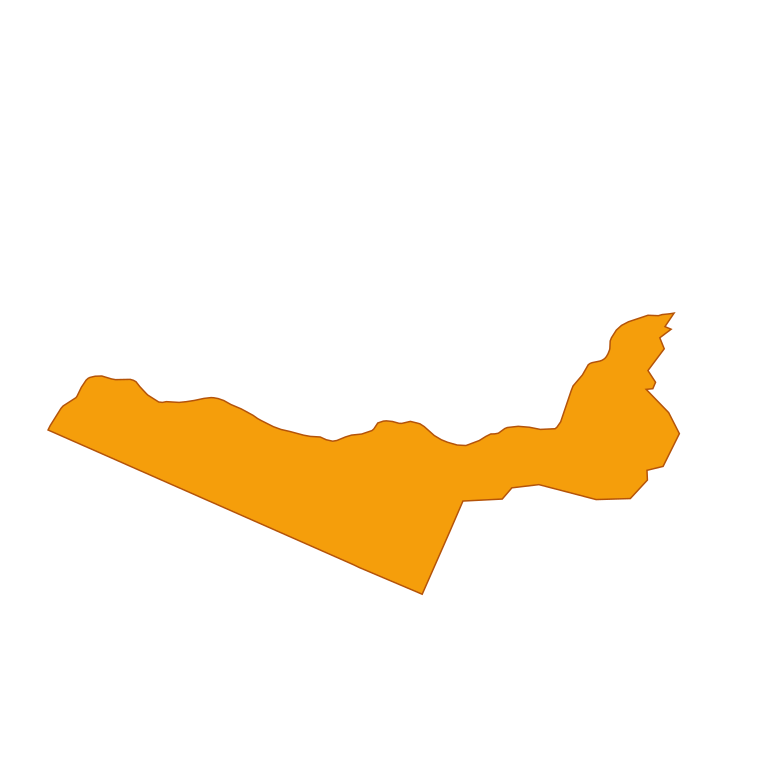 the district of Rock Island, Illinois, United States of America, rotated 23°
{"feature_id": "52423323B44322434678025", "entity_name": "Rock Island", "entity_type": "district", "adm_level": 2, "iso_a3": "USA", "parent_name": "United States of America", "parent_adm1": "Illinois", "projection": "robinson", "projection_center": [-90.569, 41.555], "detail": "fine", "context": "isolated", "style": "filled", "palette": "amber", "viewbox_px": 768, "rotation_deg": 23, "n_neighbors": 0, "source": "geoboundaries", "source_scale": "gbopen_adm2", "svg_char_len": 1737}
<svg xmlns="http://www.w3.org/2000/svg" viewBox="0 0 768 768"><g transform="rotate(23 384 384)"><path d="M659.8,360.7L673.1,350.8L675.3,314.3L657.2,299.1L627.4,286.5L633.3,283.3L633.3,276.3L621.7,268.5L628.2,242.1L619.8,233.7L626.9,221.4L620.2,221.4L623.3,205.4L619.3,207.9L612.9,211.4L609.9,213.9L600.1,217.6L584.7,231.2L579.7,237.3L576.8,243.6L576.1,247.8L575.3,252.6L575.4,256.0L578.0,263.0L578.3,264.5L578.4,268.5L578.0,271.9L577.2,274.4L575.5,276.9L573.8,278.5L567.3,283.0L565.8,284.4L564.5,286.4L563.1,298.2L558.8,311.9L558.9,316.7L561.4,349.8L560.1,356.1L559.0,358.3L545.7,364.7L534.7,367.0L524.1,370.5L519.1,373.3L514.5,375.9L512.6,377.8L508.5,384.6L506.7,385.8L505.3,386.7L501.8,388.3L498.2,392.5L493.8,398.8L483.5,408.6L475.2,411.6L465.3,412.8L458.9,412.9L458.4,412.9L450.4,411.8L437.7,407.5L432.6,406.6L429.7,407.0L422.9,408.1L415.8,413.3L413.3,414.3L406.4,415.2L400.6,417.0L397.9,418.4L393.5,422.3L392.2,429.4L391.1,431.6L383.0,438.8L374.1,443.7L369.1,447.9L362.7,454.4L359.1,456.7L352.5,457.9L346.0,457.7L336.7,461.0L330.1,462.5L315.8,464.5L306.9,466.1L298.8,466.5L285.0,465.6L281.2,465.2L275.7,464.0L262.2,462.7L251.1,462.7L243.0,461.8L237.1,462.2L232.6,463.2L230.1,464.1L223.9,467.6L215.9,473.2L208.8,477.6L202.6,481.0L190.5,485.3L187.3,487.5L183.7,488.6L171.0,486.5L168.9,485.7L160.2,481.8L154.8,478.8L151.8,478.5L148.6,478.9L135.2,484.9L131.2,485.8L121.1,486.9L115.1,489.7L113.4,490.9L110.7,492.9L109.5,494.3L108.3,496.8L106.7,505.3L106.2,515.1L105.8,516.9L97.2,529.6L96.2,532.6L93.0,552.7L92.7,557.4L92.7,557.6L426.9,562.3L432.9,562.6L501.3,562.6L502.2,494.3L502.4,460.9L537.8,443.7L542.3,429.6L565.9,416.1L624.4,407.5L655.5,393.2L664.0,369.5L659.8,360.7Z" fill="#f59e0b" stroke="#b45309" stroke-width="1.5"/></g></svg>